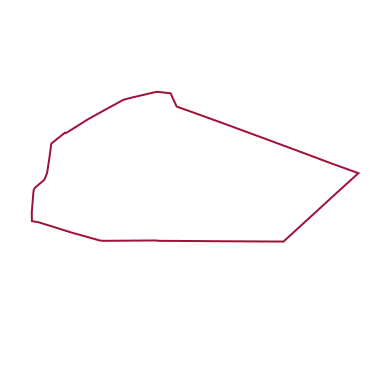 Reifi Shamal Ad Delta, Kassala, Sudan, rotated 111°
{"feature_id": "16777658B72922457996803", "entity_name": "Reifi Shamal Ad Delta", "entity_type": "district", "adm_level": 2, "iso_a3": "SDN", "parent_name": "Sudan", "parent_adm1": "Kassala", "projection": "robinson", "projection_center": [35.98, 16.599], "detail": "fine", "context": "isolated", "style": "outline", "palette": "rose", "viewbox_px": 384, "rotation_deg": 111, "n_neighbors": 0, "source": "geoboundaries", "source_scale": "gbopen_adm2", "svg_char_len": 687}
<svg xmlns="http://www.w3.org/2000/svg" viewBox="0 0 384 384"><g transform="rotate(111 192 192)"><path d="M107.5,247.4L107.5,247.5L108.9,252.6L111.1,260.9L125.1,281.6L130.6,289.2L131.7,290.1L146.0,302.3L161.8,315.5L180.9,329.8L182.2,331.0L182.2,331.9L197.0,340.6L198.1,340.5L210.6,337.5L222.9,334.8L226.3,334.1L232.7,334.2L233.4,334.2L242.4,339.1L244.7,340.3L247.6,340.4L268.7,334.2L276.5,331.0L275.2,323.9L273.0,289.2L270.3,260.6L269.6,257.9L250.6,209.4L249.0,204.2L236.1,170.0L230.6,155.3L205.6,89.1L205.6,88.9L157.2,64.7L142.1,57.2L114.8,43.4L114.9,48.2L115.4,72.9L115.8,119.0L116.7,187.6L117.7,237.0L107.5,247.4L107.5,247.4Z" fill="none" stroke="#9f1239" stroke-width="2"/></g></svg>